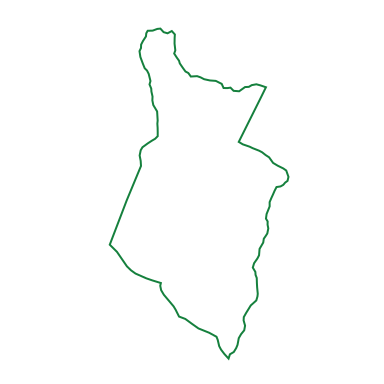 Cachoeirinha, Tocantins, Brazil, rotated 109°
{"feature_id": "56859067B94682189349477", "entity_name": "Cachoeirinha", "entity_type": "district", "adm_level": 2, "iso_a3": "BRA", "parent_name": "Brazil", "parent_adm1": "Tocantins", "projection": "robinson", "projection_center": [-47.863, -6.098], "detail": "fine", "context": "isolated", "style": "outline", "palette": "green", "viewbox_px": 384, "rotation_deg": 109, "n_neighbors": 0, "source": "geoboundaries", "source_scale": "gbopen_adm2", "svg_char_len": 1990}
<svg xmlns="http://www.w3.org/2000/svg" viewBox="0 0 384 384"><g transform="rotate(109 192 192)"><path d="M65.1,287.5L69.2,288.1L72.5,287.1L75.9,287.5L81.1,284.8L86.6,280.3L90.4,277.0L91.8,274.1L94.4,271.4L100.6,267.4L104.1,267.2L107.5,264.2L110.2,263.1L114.6,260.4L118.3,259.3L122.4,256.9L127.2,251.2L135.7,247.7L138.7,247.0L142.5,245.4L146.6,243.9L150.4,242.6L153.7,244.2L156.5,246.6L160.5,249.7L163.1,251.5L165.8,253.4L169.2,254.1L174.5,253.4L179.4,250.6L184.0,248.7L221.1,251.0L268.6,252.6L273.0,243.5L283.5,229.3L285.9,224.2L287.5,218.9L288.5,207.2L288.5,200.8L288.2,191.8L291.0,191.5L294.9,189.2L298.3,185.2L306.1,172.2L308.7,169.1L314.0,163.7L314.2,157.0L316.6,149.3L318.9,141.5L319.5,129.9L320.9,121.7L323.5,119.5L328.9,116.1L331.6,113.2L334.6,108.7L337.6,103.2L333.1,103.3L329.7,100.4L325.2,99.4L321.7,99.2L318.9,99.6L315.0,100.2L310.4,99.3L305.8,97.6L301.1,98.3L296.6,101.4L293.4,102.3L288.5,101.4L285.0,100.6L280.1,99.5L273.6,95.9L269.5,96.1L266.8,96.7L261.1,99.3L257.2,100.9L252.2,102.8L249.7,104.9L246.9,106.1L243.7,109.9L239.1,110.1L233.5,108.5L230.0,108.0L223.8,109.6L216.6,108.2L212.8,108.9L209.6,108.0L206.7,107.3L201.6,108.0L198.3,109.9L195.2,110.9L193.1,113.4L188.5,114.3L184.8,114.1L180.3,113.9L176.3,115.3L171.8,115.0L167.9,114.6L164.0,114.3L159.8,113.7L157.9,110.1L155.5,108.0L152.8,107.0L150.4,105.3L146.3,105.7L141.0,109.9L140.0,113.4L139.2,119.6L138.1,124.8L134.1,130.4L133.1,134.4L131.6,138.7L131.1,142.0L130.8,149.0L130.4,152.2L130.4,159.5L129.4,164.1L117.2,162.5L80.1,157.6L68.9,156.2L68.9,162.0L69.2,166.2L71.5,170.3L74.1,172.5L75.5,176.0L81.4,180.2L82.8,185.6L80.8,189.6L82.2,192.3L83.4,196.0L80.1,199.1L79.2,205.7L80.7,211.4L81.4,217.3L80.8,221.3L80.8,224.9L83.2,230.7L80.7,234.2L80.2,237.4L77.6,241.1L74.4,245.4L72.1,247.0L69.9,250.1L66.9,253.9L63.5,253.9L57.4,256.8L51.9,258.6L48.6,259.5L46.4,263.5L49.9,266.8L50.1,270.9L47.8,275.1L49.1,277.9L52.2,281.7L54.0,286.4L56.8,286.9L59.9,286.2L65.1,287.5Z" fill="none" stroke="#15803d" stroke-width="2"/></g></svg>